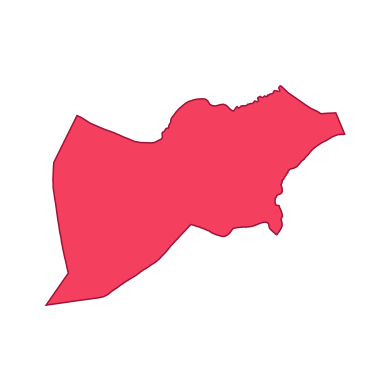 Chantrea, Svay Rieng, Cambodia, rotated 83°
{"feature_id": "14789045B26681024602209", "entity_name": "Chantrea", "entity_type": "district", "adm_level": 2, "iso_a3": "KHM", "parent_name": "Cambodia", "parent_adm1": "Svay Rieng", "projection": "albers", "projection_center": [106.102, 10.92], "detail": "fine", "context": "isolated", "style": "filled", "palette": "rose", "viewbox_px": 384, "rotation_deg": 83, "n_neighbors": 0, "source": "geoboundaries", "source_scale": "gbopen_adm2", "svg_char_len": 4473}
<svg xmlns="http://www.w3.org/2000/svg" viewBox="0 0 384 384"><g transform="rotate(83 192 192)"><path d="M243.7,114.5L244.8,113.0L243.4,111.8L242.2,110.6L240.8,109.4L239.6,108.4L238.0,107.4L236.1,106.6L233.8,106.4L231.4,106.8L230.2,107.1L228.4,106.1L227.1,105.1L224.9,105.3L223.1,105.5L220.6,106.1L219.1,106.6L217.9,107.0L216.4,107.1L215.9,107.7L215.5,109.4L214.9,110.5L213.0,110.8L211.4,110.8L210.6,110.6L209.6,110.4L208.7,110.2L208.0,109.6L207.5,109.1L206.4,108.5L205.6,107.8L205.0,106.4L204.9,105.1L203.7,103.0L202.6,102.4L201.7,102.3L200.5,102.2L198.7,102.1L197.2,102.5L195.5,102.9L194.4,102.0L193.7,101.5L192.4,101.2L191.6,101.1L191.0,100.6L190.9,99.7L189.8,99.2L188.8,98.4L187.7,97.4L186.3,96.4L185.2,95.5L184.8,94.7L183.6,94.2L182.5,93.8L182.1,92.7L181.5,92.2L181.1,91.7L181.1,90.6L180.7,87.8L179.7,85.0L179.2,84.2L178.3,83.4L176.5,81.2L174.6,79.3L173.9,78.1L173.2,76.8L172.3,76.0L170.8,74.4L169.2,72.3L167.2,70.3L165.2,68.1L163.6,65.9L161.9,63.1L160.6,60.5L158.8,57.0L157.3,52.5L154.3,45.9L152.9,40.3L153.0,35.9L153.4,34.5L153.2,33.4L131.0,39.6L130.6,44.9L130.3,48.4L130.0,54.5L127.4,57.6L123.5,63.8L119.2,68.9L115.4,73.1L109.3,79.9L105.1,84.6L98.3,90.1L97.5,91.1L97.6,91.7L98.0,92.4L99.4,93.2L100.6,92.9L101.7,92.4L102.5,93.1L102.6,94.3L102.2,95.2L101.6,96.7L101.4,97.5L102.2,98.8L103.1,99.0L104.3,100.2L104.2,101.6L104.4,102.8L104.8,103.7L105.3,104.2L105.0,104.9L105.6,105.2L106.4,105.6L106.1,106.3L106.2,106.9L106.0,107.5L105.5,108.3L106.4,109.5L106.9,110.5L106.0,112.1L105.4,112.6L106.0,114.3L106.5,115.2L107.4,115.4L108.5,114.9L109.3,114.9L110.2,115.7L110.2,116.9L109.8,117.4L109.3,118.8L110.3,119.7L111.1,120.5L111.5,121.1L111.5,121.8L111.3,123.3L111.8,124.9L111.6,125.8L112.5,126.9L112.8,128.1L113.2,128.9L112.6,130.0L112.6,131.0L113.0,131.6L112.5,132.6L113.4,133.3L113.8,134.2L114.3,135.7L113.6,136.2L112.7,136.8L113.2,137.6L114.3,138.8L115.2,139.4L116.6,140.9L116.4,141.9L114.6,143.9L112.1,145.9L110.2,147.5L108.8,149.8L108.7,152.2L109.0,155.0L109.5,158.1L108.8,161.1L107.3,163.5L105.9,164.2L103.4,165.3L101.9,166.8L101.1,168.4L100.7,171.5L100.5,174.8L100.6,178.2L101.1,180.8L101.6,183.5L102.2,185.6L103.1,187.5L104.5,189.8L106.3,192.5L108.0,195.0L110.5,197.9L114.1,201.2L115.8,203.1L118.2,204.4L120.3,204.6L121.4,205.7L123.4,207.0L124.1,207.1L124.9,207.2L125.7,207.8L125.6,209.3L126.2,210.5L127.5,211.3L128.4,212.1L129.1,214.0L130.3,214.6L132.2,214.6L134.6,214.9L135.7,216.1L136.3,217.6L137.0,219.8L137.6,221.2L137.8,222.1L138.0,222.7L138.4,223.9L138.2,227.0L137.5,231.6L136.6,237.1L134.8,243.0L132.3,247.2L129.1,253.1L125.9,258.4L123.2,263.0L119.4,270.7L115.8,277.0L111.3,284.7L108.0,288.6L104.4,293.1L102.1,296.8L145.6,325.4L146.4,325.7L147.7,325.9L148.7,326.2L149.7,326.4L151.2,326.6L153.5,327.0L155.5,327.3L157.3,327.6L159.1,327.9L162.5,328.5L165.2,328.7L167.7,328.9L170.7,329.3L173.9,329.2L177.1,329.1L180.6,329.1L184.7,328.9L187.4,328.8L191.4,328.7L194.7,328.7L199.0,328.6L204.4,328.5L208.0,328.3L211.7,328.2L214.5,328.2L217.2,328.0L222.0,327.6L225.5,327.6L229.1,327.3L233.2,327.1L237.3,326.7L241.7,326.3L245.6,325.8L249.2,325.5L253.0,325.2L256.0,324.8L257.5,324.7L286.5,350.6L286.2,333.0L285.9,320.2L285.7,301.2L285.6,298.0L285.4,295.2L285.1,292.3L284.8,291.6L284.2,289.9L283.2,287.5L282.0,285.7L280.8,283.8L280.0,282.1L279.1,280.5L278.0,278.2L276.9,276.3L275.9,274.7L274.8,272.3L273.7,270.3L272.3,267.5L271.5,265.7L270.3,263.2L269.2,260.6L268.3,258.6L267.6,257.1L266.7,255.7L265.8,254.0L265.2,253.2L264.3,251.4L263.4,249.9L263.0,248.9L262.6,247.7L262.0,246.3L261.3,245.1L260.6,243.7L259.9,242.5L258.9,240.5L257.8,238.0L256.6,235.9L255.6,234.4L254.6,232.8L253.3,231.2L252.0,229.7L249.9,227.1L248.0,224.8L245.5,222.2L242.9,219.6L240.8,217.0L239.1,215.1L237.6,213.2L236.0,211.2L233.8,208.8L229.4,203.4L224.1,197.2L224.4,196.5L224.6,195.8L225.0,194.8L225.5,193.9L226.1,192.6L227.0,190.7L227.5,189.2L228.8,187.1L229.7,185.2L230.8,183.2L232.0,181.3L232.7,179.8L234.7,177.6L236.3,175.1L237.1,173.7L237.9,171.8L238.5,170.3L239.3,168.7L239.7,167.7L240.0,165.8L239.8,164.2L239.3,162.8L238.5,161.2L237.3,159.5L236.1,158.5L235.1,157.5L233.9,156.4L233.1,155.4L233.0,153.9L232.9,152.3L232.9,149.9L232.9,147.9L233.1,146.7L232.8,145.1L233.3,143.8L233.4,142.3L233.5,139.3L233.4,136.8L233.0,134.5L232.5,132.4L231.8,129.9L231.2,127.6L230.9,126.0L230.8,123.9L230.9,122.7L231.1,121.9L231.6,120.9L233.0,120.0L234.2,119.7L236.3,119.7L237.8,119.2L238.7,118.6L240.2,117.4L241.5,116.3L242.7,115.1L243.7,114.5Z" fill="#f43f5e" stroke="#9f1239" stroke-width="1.5"/></g></svg>